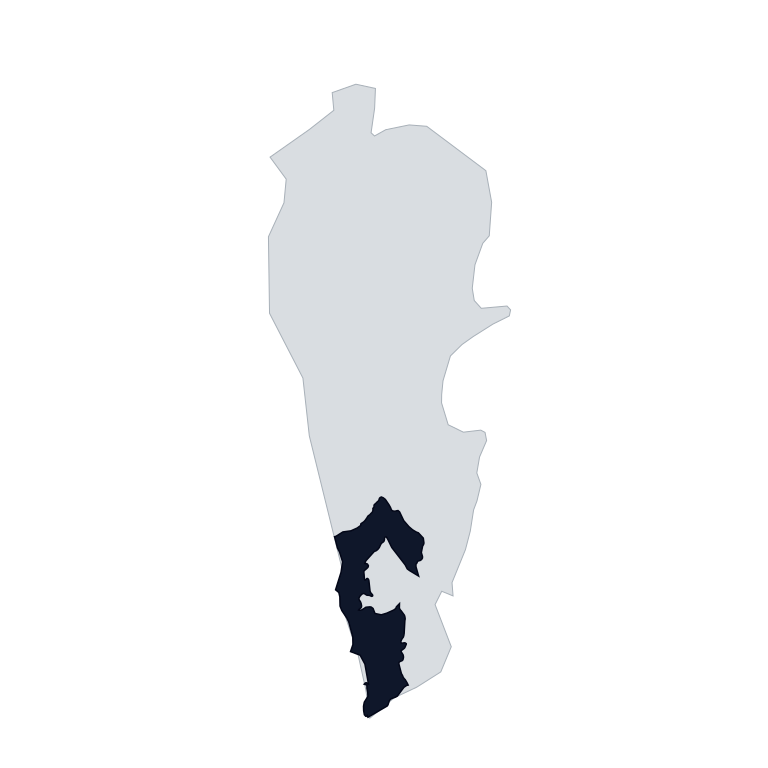 South Lebanon on a map of Lebanon (Albers equal-area conic projection), rotated 325°
{"feature_id": "LBN-3060", "entity_name": "South Lebanon", "entity_type": "Province", "adm_level": 1, "iso_a3": "LBN", "parent_name": "Lebanon", "parent_adm1": "", "projection": "albers", "projection_center": [35.407, 33.345], "detail": "fine", "context": "in_parent", "style": "filled", "palette": "ink", "viewbox_px": 768, "rotation_deg": 325, "n_neighbors": 0, "source": "natural_earth", "source_scale": "10m", "svg_char_len": 4205}
<svg xmlns="http://www.w3.org/2000/svg" viewBox="0 0 768 768"><g transform="rotate(325 384 384)"><path d="M420.8,132.8L468.9,132.7L499.9,131.0L508.7,115.6L532.9,122.3L546.5,137.0L534.5,152.7L517.5,170.8L518.5,175.4L531.3,176.7L553.2,186.2L566.8,197.4L589.8,267.7L576.4,296.9L555.2,323.0L545.6,325.4L526.9,338.5L511.2,356.2L505.8,367.4L507.1,377.8L529.5,390.7L530.2,395.9L525.7,400.1L507.6,397.4L484.2,396.3L470.5,396.4L454.5,399.1L434.2,415.2L425.2,425.7L420.3,432.5L413.2,454.2L421.4,469.0L436.8,477.3L439.0,481.6L435.6,489.2L420.4,498.6L409.0,510.1L405.8,521.8L393.1,533.1L385.2,538.5L370.4,553.9L355.7,566.4L325.8,585.7L319.0,597.2L312.4,586.9L299.3,594.0L288.4,637.8L265.4,652.4L236.8,651.1L212.8,646.9L180.7,649.6L193.7,624.1L207.4,591.1L220.8,546.4L244.4,509.4L293.1,383.6L321.0,332.6L330.8,260.4L373.8,197.1L406.0,178.2L421.4,160.1L420.8,132.8Z" fill="#d9dde1" stroke="#a8b0b8" stroke-width="1"/><path d="M231.1,644.5L229.7,643.9L226.3,643.9L215.9,647.3L213.9,647.1L210.0,646.1L208.3,646.0L206.5,646.6L203.4,649.0L202.1,649.6L179.7,647.8L179.7,647.3L180.1,645.8L178.8,646.0L178.4,645.6L178.4,644.7L178.2,643.7L179.9,640.0L182.4,636.2L185.4,633.3L191.6,630.7L193.7,627.4L195.4,623.6L197.3,620.8L195.6,618.5L197.3,618.2L198.2,618.6L199.2,620.8L207.7,602.5L208.9,592.5L203.1,584.0L209.1,579.6L213.3,573.4L218.6,558.8L219.3,554.4L219.5,545.4L220.6,540.7L225.7,533.1L227.4,528.9L226.3,524.8L240.8,513.6L248.1,505.9L251.2,496.1L251.8,491.7L255.9,480.7L257.3,481.2L265.5,481.6L272.7,485.3L279.5,486.6L282.6,486.5L283.7,486.6L284.1,486.2L284.4,485.7L284.8,485.3L285.6,485.2L288.3,485.3L290.3,484.9L293.6,483.7L294.1,483.4L295.1,483.0L295.8,482.9L297.3,483.0L299.2,482.5L300.4,482.4L301.0,482.2L302.3,481.3L302.7,480.9L303.3,479.9L303.6,479.5L304.8,479.2L305.3,478.9L305.7,478.5L306.0,478.0L306.3,477.6L306.8,477.3L307.4,477.2L308.7,477.1L311.2,476.6L311.9,476.6L312.6,476.5L313.2,476.2L313.9,475.6L314.8,475.0L315.7,474.8L317.0,475.0L318.1,476.7L318.9,479.3L318.8,486.0L318.5,488.8L318.0,490.9L317.9,491.8L318.3,492.9L319.6,494.2L320.5,494.7L321.9,495.2L322.9,495.7L323.2,496.9L323.4,497.8L321.8,507.3L322.6,515.2L323.7,519.5L324.2,520.8L325.6,523.9L326.8,525.6L327.8,532.8L325.5,537.2L324.3,538.2L322.7,538.9L317.9,543.5L316.7,547.1L316.4,547.7L315.7,548.6L314.8,549.1L313.2,549.4L312.3,549.3L311.6,549.0L311.1,548.8L310.5,548.6L309.9,548.6L309.4,548.8L308.4,549.4L307.9,549.7L306.7,550.0L305.3,552.2L302.2,561.2L297.9,551.5L297.0,548.8L297.6,544.3L296.6,522.6L296.7,521.7L298.0,513.4L298.2,510.6L297.9,510.3L297.3,510.1L296.7,510.1L296.0,510.5L295.4,511.4L294.8,512.0L294.1,512.6L293.4,512.9L292.6,513.0L291.0,513.0L290.2,513.2L289.4,513.5L286.3,515.3L284.7,515.8L283.8,516.0L282.0,516.1L279.9,515.6L267.8,518.4L265.2,520.0L265.6,520.4L266.3,520.8L266.9,521.4L267.2,522.3L267.0,523.9L266.3,524.6L265.6,525.0L263.8,525.3L260.7,525.6L259.9,526.1L259.2,527.2L258.5,528.5L256.3,532.2L255.9,533.3L256.0,533.8L256.6,534.0L258.1,533.5L258.7,533.6L259.1,534.2L259.2,534.9L259.1,535.7L258.8,536.5L253.8,545.6L253.4,547.3L253.7,550.1L253.3,551.0L252.6,551.1L252.0,550.8L251.4,549.8L251.1,549.2L250.6,548.6L249.3,547.6L248.7,547.0L248.4,546.3L247.8,544.8L247.4,544.1L246.4,543.6L245.0,543.5L242.2,544.2L240.8,545.0L240.1,545.8L239.9,546.6L239.8,548.0L239.9,548.5L239.7,549.4L239.4,550.6L238.5,552.7L237.7,553.7L236.6,554.2L234.0,554.3L233.4,554.6L233.7,555.0L234.3,555.4L235.0,555.9L235.8,556.2L236.6,556.3L239.7,556.5L240.4,556.4L241.2,556.5L244.2,558.2L244.9,558.7L245.6,559.4L246.3,561.6L245.0,566.8L249.4,571.5L254.8,573.3L262.2,574.7L264.0,574.7L265.1,574.5L266.4,573.6L270.7,572.8L268.0,576.5L267.8,578.4L268.0,579.7L268.1,585.2L267.5,586.9L266.6,588.6L265.3,589.9L257.6,599.7L256.1,601.3L254.7,602.4L252.9,603.0L251.8,603.5L250.2,604.5L249.7,605.3L249.6,606.0L250.1,606.6L250.8,607.0L251.5,607.3L252.3,607.7L252.9,608.3L253.3,609.5L252.9,610.0L250.2,611.7L249.3,612.1L248.5,612.2L245.9,612.3L244.7,612.5L244.5,613.4L244.3,616.8L243.8,618.1L243.1,619.2L241.8,620.4L241.3,620.7L240.7,621.0L240.0,621.0L237.9,620.5L236.4,620.7L235.6,621.9L232.2,631.1L232.1,631.8L232.0,633.3L231.6,634.9L231.5,635.6L231.6,637.4L231.8,638.3L231.5,642.1L231.1,644.5Z" fill="#0f172a" stroke="#020617" stroke-width="1.5"/></g></svg>